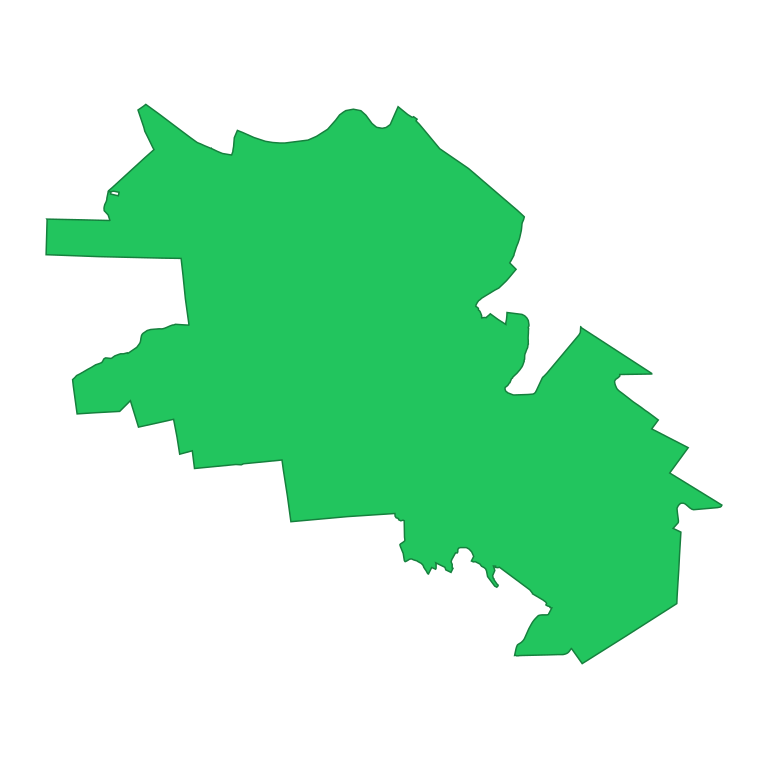 Ciobanu, Constanta, Romania (Equal Earth projection)
{"feature_id": "2599482B30687674073504", "entity_name": "Ciobanu", "entity_type": "district", "adm_level": 2, "iso_a3": "ROU", "parent_name": "Romania", "parent_adm1": "Constanta", "projection": "equal_earth", "projection_center": [28.044, 44.709], "detail": "fine", "context": "isolated", "style": "filled", "palette": "green", "viewbox_px": 768, "rotation_deg": 0, "n_neighbors": 0, "source": "geoboundaries", "source_scale": "gbopen_adm2", "svg_char_len": 6018}
<svg xmlns="http://www.w3.org/2000/svg" viewBox="0 0 768 768"><path d="M237.4,130.4L234.3,137.7L233.6,146.5L232.9,150.5L233.0,151.2L231.6,155.0L222.5,153.5L217.4,151.4L211.4,148.5L211.2,148.1L210.8,148.3L204.5,145.7L200.6,143.9L198.3,143.0L197.0,142.4L190.1,137.4L178.5,128.7L158.9,113.9L145.8,104.4L143.4,106.3L138.0,110.0L143.9,127.5L144.8,131.2L148.0,137.6L152.9,147.7L154.0,149.6L145.1,157.5L112.0,187.8L108.5,190.8L108.1,191.8L108.4,192.1L108.9,191.6L109.7,191.5L111.1,191.6L113.7,191.2L119.1,192.3L118.3,195.8L110.5,194.0L111.1,191.8L109.5,191.7L109.2,191.8L108.3,192.3L108.1,192.3L106.9,198.0L106.8,199.5L106.3,201.4L104.8,204.5L104.3,206.4L104.0,208.1L104.2,210.7L107.9,214.7L108.2,215.1L109.9,220.3L109.6,220.5L80.2,219.8L46.8,219.1L47.1,219.6L46.1,254.7L57.5,255.1L97.8,256.6L162.0,258.1L181.1,258.4L183.0,275.2L185.4,298.9L188.9,324.3L188.9,325.0L188.6,325.1L184.3,324.9L175.4,324.3L173.5,325.0L172.6,325.0L170.1,325.9L166.7,327.4L164.7,328.2L162.6,328.8L161.4,328.9L159.2,328.8L150.7,329.5L147.2,330.5L143.1,333.3L142.1,334.4L141.5,335.6L140.9,338.5L140.7,340.2L140.2,342.4L139.2,344.1L136.8,347.3L127.9,353.4L127.4,352.8L123.5,353.8L120.7,353.8L119.3,354.2L114.8,355.9L112.7,357.4L112.0,358.0L111.4,358.3L110.4,358.4L106.9,358.0L105.6,357.9L104.6,358.4L103.7,359.1L103.0,360.7L102.1,362.1L101.4,362.7L99.5,363.5L95.6,364.8L91.2,367.5L87.8,369.3L79.9,373.9L76.9,375.4L76.3,375.9L74.8,377.6L72.6,379.6L73.3,386.0L77.1,413.9L94.0,412.8L119.7,411.4L130.4,400.7L138.5,427.1L173.6,419.3L177.0,437.0L179.7,454.2L192.3,450.8L194.5,468.5L235.8,464.5L241.3,464.8L242.9,464.1L243.2,463.8L282.0,460.0L283.2,469.0L287.4,496.0L290.9,521.7L347.5,516.6L394.9,513.5L395.1,516.2L396.2,517.8L397.9,518.3L398.5,518.8L398.6,519.7L400.8,520.8L403.0,520.2L404.2,520.7L404.5,537.2L404.9,540.1L404.6,540.9L403.8,541.7L400.4,544.0L399.9,544.8L400.5,546.8L403.2,553.4L404.3,560.4L404.6,561.0L405.1,561.6L405.5,561.6L407.6,560.5L409.1,559.5L409.8,559.2L410.7,559.0L411.7,559.0L413.7,559.9L417.0,560.9L417.8,561.5L421.3,563.4L423.1,565.4L423.8,567.3L425.0,569.2L426.1,570.7L427.5,573.3L428.2,574.0L428.5,574.0L428.8,573.2L431.7,567.5L435.6,569.2L436.1,568.2L436.1,564.4L435.7,562.8L444.9,567.3L445.8,569.9L451.0,572.4L453.0,568.3L452.2,568.0L452.2,564.3L451.1,561.9L451.8,559.6L455.5,552.9L457.3,552.9L457.8,551.9L457.8,549.5L458.7,548.1L460.3,547.6L466.4,547.6L469.1,549.1L471.7,551.9L473.7,556.4L471.4,561.0L473.3,561.9L475.3,561.7L479.9,564.0L481.5,566.2L484.3,567.7L485.6,568.9L486.5,570.9L487.6,576.6L494.7,586.1L496.8,587.2L498.1,585.8L498.1,585.1L497.7,584.6L497.0,584.1L494.1,579.9L494.0,578.9L493.1,577.9L492.7,575.5L494.8,570.5L493.4,566.0L495.6,566.2L495.4,567.4L497.9,567.7L499.4,567.2L529.9,589.9L532.5,593.3L532.5,593.8L543.0,600.0L545.7,602.0L546.6,603.4L545.9,604.9L547.4,605.9L550.0,606.7L550.0,607.5L550.5,607.8L551.8,607.9L550.4,610.6L548.4,614.4L548.0,614.7L546.8,614.9L542.0,614.9L540.1,615.1L538.6,615.5L538.0,615.9L536.4,617.5L534.7,619.3L533.5,620.8L532.3,622.5L531.2,624.4L528.8,628.8L524.9,637.6L524.1,639.2L523.1,640.6L522.1,641.6L521.3,642.4L519.9,643.3L518.4,644.2L517.5,644.9L517.2,645.4L516.5,647.1L516.0,648.9L514.6,655.5L515.6,655.4L516.1,655.5L516.5,655.8L518.2,655.8L519.3,655.6L521.5,655.5L547.7,654.9L557.4,654.6L562.3,654.6L563.5,654.5L565.7,653.9L567.4,653.1L568.4,652.3L569.3,651.3L570.2,650.0L571.3,648.5L571.7,648.8L582.2,663.6L622.9,638.0L676.8,603.6L677.1,596.5L677.9,583.4L678.8,569.3L679.5,555.4L680.9,532.1L673.1,528.4L678.1,522.8L678.4,521.9L678.4,520.4L677.4,512.7L677.0,508.5L677.4,507.4L678.4,505.5L679.7,504.1L680.8,503.3L681.4,503.2L683.5,503.2L685.3,504.0L687.1,505.5L689.7,507.8L691.8,509.2L693.6,509.7L717.6,507.6L720.4,507.0L721.3,506.3L721.3,506.2L721.9,505.1L669.7,473.0L688.2,447.7L651.7,428.9L658.3,420.0L648.3,412.5L644.9,410.2L641.4,407.5L633.3,401.9L622.8,393.7L619.4,391.2L617.6,389.5L616.8,388.5L615.6,385.8L615.0,384.1L614.6,381.9L614.7,381.0L615.0,380.4L615.5,379.7L616.0,379.1L618.1,377.7L619.7,376.2L619.8,375.9L619.8,375.3L619.7,374.5L651.7,374.0L651.7,373.4L581.2,327.6L581.2,327.2L580.7,326.9L580.4,331.4L580.3,332.4L579.9,333.3L578.9,335.0L546.8,373.3L544.0,376.2L542.9,377.1L542.2,378.1L536.6,390.1L535.5,392.2L534.7,393.1L533.7,393.8L532.7,394.1L527.9,394.5L513.9,395.0L513.2,394.9L511.8,394.4L507.5,392.7L507.3,392.3L506.2,391.6L505.7,391.0L505.1,389.5L505.0,388.6L505.2,387.4L507.2,385.9L508.3,384.7L509.0,383.4L509.5,382.9L510.0,382.6L510.2,381.7L510.7,380.8L511.3,379.1L511.6,378.7L512.5,378.0L512.7,377.3L514.2,375.8L516.9,373.3L519.8,369.9L522.0,366.8L522.7,365.4L524.2,361.2L524.1,360.6L524.3,359.7L524.6,359.3L524.7,355.5L525.1,353.5L525.7,352.5L525.8,351.7L526.3,350.8L526.6,349.7L527.6,347.7L528.0,344.8L528.4,344.0L528.2,343.0L528.3,340.9L528.1,338.3L528.2,335.8L528.4,333.1L528.4,331.2L528.6,328.4L528.2,327.9L528.2,327.2L528.7,326.6L529.0,325.1L528.3,320.5L526.8,317.9L524.7,315.8L522.0,314.4L507.0,312.5L506.9,315.3L506.5,319.4L505.8,322.8L505.8,324.4L498.1,319.5L490.3,313.8L489.2,314.9L486.7,317.0L486.4,317.6L484.5,317.5L482.5,317.7L481.8,318.0L481.6,317.7L481.7,316.9L481.6,315.4L480.5,312.6L480.0,311.5L479.4,310.7L478.5,310.1L478.4,308.5L478.1,308.0L477.1,307.2L475.8,306.4L476.1,304.8L477.4,302.4L478.7,300.6L479.9,299.8L481.8,298.1L485.2,296.0L494.7,290.2L498.9,288.0L506.4,280.8L509.0,277.8L516.1,269.3L509.7,262.9L511.0,260.8L513.0,257.1L513.9,255.4L514.2,253.7L515.2,250.8L516.3,247.3L516.9,245.7L518.0,243.1L519.2,239.5L519.8,237.3L521.3,230.6L521.6,228.1L522.0,223.8L522.3,222.6L523.6,219.6L523.8,218.8L524.3,216.9L524.2,216.7L517.6,210.6L482.6,180.6L476.6,175.4L469.8,169.6L468.5,168.5L439.7,148.7L423.5,129.2L419.1,124.0L416.0,120.9L417.1,119.2L413.6,116.7L412.8,117.2L412.0,117.2L407.8,114.6L398.1,106.7L390.2,124.6L386.1,127.5L382.2,128.3L376.6,127.3L372.0,123.5L365.9,115.2L360.9,110.7L353.4,109.2L345.8,110.6L343.4,112.1L339.6,114.9L335.7,120.1L327.6,129.3L316.4,136.4L308.0,140.1L285.0,143.0L279.6,143.0L272.7,142.5L265.4,141.3L253.9,137.5L242.7,132.5L237.4,130.4Z" fill="#22c55e" stroke="#15803d" stroke-width="1.5"/></svg>